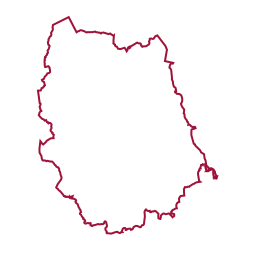 Assin South, Central, Ghana, rotated 4°
{"feature_id": "2480657B73071492710762", "entity_name": "Assin South", "entity_type": "district", "adm_level": 2, "iso_a3": "GHA", "parent_name": "Ghana", "parent_adm1": "Central", "projection": "natural_earth1", "projection_center": [-1.29, 5.529], "detail": "fine", "context": "isolated", "style": "outline", "palette": "rose", "viewbox_px": 256, "rotation_deg": 4, "n_neighbors": 0, "source": "geoboundaries", "source_scale": "gbopen_adm2", "svg_char_len": 5790}
<svg xmlns="http://www.w3.org/2000/svg" viewBox="0 0 256 256"><g transform="rotate(4 128 128)"><path d="M107.6,225.8L109.8,225.6L110.8,224.8L110.8,223.8L111.4,222.8L112.0,222.8L112.8,223.5L113.9,227.1L113.6,228.2L112.5,229.3L112.5,230.6L112.9,231.6L114.0,232.8L114.1,233.3L113.9,233.9L114.1,234.4L118.6,234.5L121.6,233.3L122.5,232.8L124.2,232.4L124.9,232.4L125.6,233.0L127.3,233.4L128.2,232.6L129.7,232.3L129.0,231.5L129.8,229.0L130.7,228.1L132.2,228.0L132.7,228.9L132.8,229.9L133.7,229.7L134.5,228.7L137.2,228.2L137.7,228.5L138.1,229.4L139.6,228.7L140.6,226.3L142.7,225.1L144.3,225.1L147.0,226.2L147.7,225.9L148.7,224.1L150.1,223.7L150.6,222.8L151.0,214.8L150.3,210.5L151.0,208.7L151.6,208.0L153.0,209.2L154.0,209.4L155.5,209.1L155.7,210.1L156.1,210.4L157.0,210.3L157.9,209.5L158.8,209.6L160.5,208.8L161.6,209.2L164.4,211.5L164.3,213.6L164.7,216.0L166.4,216.5L166.6,216.5L167.0,214.6L166.8,213.8L167.3,212.5L169.0,210.9L169.8,210.8L171.7,211.4L174.6,210.4L175.4,210.7L176.1,211.6L176.7,211.9L178.7,213.9L179.4,213.0L179.8,213.0L180.2,212.6L180.2,211.2L180.1,210.7L179.6,210.5L177.3,210.2L177.3,209.3L176.9,209.3L176.9,208.7L177.6,208.0L177.5,207.5L178.7,206.4L179.6,206.1L180.9,205.0L182.3,204.7L181.5,202.0L182.0,199.8L183.2,198.6L184.3,198.2L183.8,194.7L185.0,192.4L185.4,192.1L188.9,191.5L188.3,187.9L188.1,185.0L188.9,183.0L190.7,183.0L191.9,182.3L193.0,182.4L193.9,181.5L197.1,179.2L198.1,178.9L198.8,178.1L200.6,177.3L203.8,176.6L202.6,175.7L201.0,168.8L201.2,166.6L201.8,166.0L201.8,165.4L202.3,165.1L202.0,164.3L202.6,163.2L203.3,163.2L203.1,162.3L203.5,159.8L204.6,159.8L204.9,159.2L205.2,159.5L205.3,159.0L206.6,159.2L207.6,158.6L208.0,160.0L208.3,159.8L208.4,160.0L207.7,161.1L208.0,161.6L208.4,161.6L208.1,161.9L208.1,162.5L208.9,163.1L208.7,164.2L209.1,164.9L209.8,165.1L209.3,165.6L211.1,165.5L211.4,165.2L211.2,164.0L211.5,163.8L212.1,164.3L212.6,163.5L213.1,164.1L214.2,163.5L215.5,163.8L216.4,164.4L216.0,165.7L216.2,167.6L216.4,167.9L216.3,168.7L216.9,170.0L217.2,170.2L216.9,170.8L216.9,171.3L218.0,171.1L217.7,172.1L218.4,171.9L218.9,172.1L219.3,171.7L219.6,172.2L220.1,171.7L220.0,170.9L220.4,169.8L219.5,169.7L218.0,166.9L217.8,165.6L216.2,163.4L213.8,162.3L212.4,162.8L212.0,162.7L210.7,161.8L210.2,161.0L208.8,160.1L207.6,154.9L206.5,152.9L205.7,148.8L202.6,147.2L201.4,145.1L196.3,140.8L196.0,139.7L194.7,139.1L191.7,130.7L191.4,125.5L191.9,124.8L193.9,124.2L195.4,123.4L194.7,122.2L192.2,122.5L191.0,121.9L189.9,120.8L188.4,120.4L187.9,120.6L188.0,119.2L187.1,117.7L186.5,117.5L186.2,116.3L184.8,114.8L183.7,113.0L183.4,110.4L182.5,109.4L182.7,108.8L182.8,105.7L180.6,103.2L179.3,100.7L179.2,99.9L179.9,98.7L180.2,96.9L180.1,95.2L179.2,92.4L178.8,91.7L177.0,90.5L174.4,90.5L173.6,89.7L172.6,89.2L172.3,88.7L172.6,88.0L173.3,88.2L173.5,87.8L172.7,84.8L172.4,84.4L171.1,83.7L170.6,82.8L169.9,80.8L169.5,78.4L168.4,76.6L168.4,75.1L167.1,67.4L166.1,65.6L165.2,65.0L165.1,64.4L165.7,61.7L166.8,60.6L168.3,60.6L168.6,59.9L160.2,58.7L161.4,47.2L159.6,43.5L150.8,33.6L148.8,34.6L147.4,37.1L146.4,37.4L144.6,37.1L143.5,37.5L143.5,38.9L142.9,40.4L143.4,41.4L143.4,42.4L142.9,43.2L140.6,45.0L139.7,45.3L138.0,45.4L136.6,46.0L135.8,44.9L135.3,44.8L134.8,43.0L133.9,42.7L132.6,42.8L131.1,42.2L125.0,46.5L124.6,47.7L124.1,48.1L123.8,46.8L122.8,47.4L122.3,48.2L122.0,50.5L121.3,51.6L119.7,48.9L119.0,48.2L114.9,49.8L112.5,49.6L111.2,47.6L110.4,47.5L109.3,46.7L109.2,45.7L107.5,44.7L107.7,43.0L107.4,42.4L107.5,36.6L107.3,36.8L106.2,36.7L105.6,36.1L104.6,35.8L104.0,35.1L103.5,35.0L102.1,35.7L97.0,34.5L95.3,34.8L94.4,35.6L93.0,34.8L92.1,35.0L90.5,34.6L89.5,34.7L88.6,34.1L86.1,34.8L82.0,35.2L81.3,35.1L80.0,35.6L77.3,34.4L74.3,33.7L73.5,33.9L72.4,34.8L71.2,35.1L70.0,36.1L61.1,21.5L46.0,30.4L45.7,33.0L46.1,33.9L46.1,35.5L44.6,38.6L45.1,40.4L44.5,41.8L43.6,42.4L43.1,44.1L42.5,45.0L42.6,46.4L42.1,48.1L42.5,49.8L42.9,50.6L43.2,50.6L44.1,51.7L43.3,55.0L42.4,56.2L42.9,58.7L42.1,59.4L42.1,60.6L41.1,61.7L40.8,62.5L40.9,63.0L40.2,63.1L40.3,64.5L40.0,65.1L40.4,66.1L40.1,66.5L40.1,68.4L40.5,69.3L40.4,70.6L40.6,71.1L40.9,72.8L41.3,73.0L44.2,71.9L44.7,72.3L45.5,73.1L45.4,73.5L46.1,75.3L46.4,77.6L45.5,78.6L43.7,79.2L43.1,80.7L41.4,82.6L40.7,84.8L38.8,85.9L39.3,87.1L41.0,88.0L42.2,91.3L41.3,91.9L41.3,92.4L40.9,92.6L40.5,93.6L39.0,94.3L39.0,94.9L38.3,96.7L35.6,97.0L38.2,109.5L38.8,109.6L39.1,109.9L39.1,110.9L38.4,112.8L38.5,113.6L38.9,114.0L39.2,115.6L40.2,116.6L40.4,117.1L39.5,117.5L38.6,118.9L38.4,120.9L38.1,121.3L39.5,123.0L41.8,124.9L43.1,125.2L44.4,126.5L45.7,125.8L46.7,127.7L47.6,127.7L48.1,128.9L48.4,129.0L49.0,128.3L50.3,128.5L51.4,129.7L51.6,130.3L51.2,132.0L51.7,132.8L51.7,133.6L50.9,135.2L50.9,136.0L51.8,137.1L53.1,138.0L52.9,138.8L54.5,139.9L54.1,141.6L54.5,143.3L51.7,143.7L47.8,146.4L47.2,147.6L44.5,150.4L43.2,149.4L42.7,148.5L41.5,147.2L41.1,155.1L41.5,158.8L43.6,162.0L44.1,164.3L45.0,166.2L45.6,166.4L47.3,166.1L48.9,166.8L50.2,166.3L52.0,166.8L54.7,166.8L56.5,168.4L57.6,170.0L58.4,170.3L59.2,171.5L60.6,172.2L61.0,172.1L61.7,172.8L62.3,174.0L62.3,175.3L63.2,176.4L64.3,180.2L65.0,181.3L65.2,182.5L64.8,184.1L61.7,189.1L60.5,192.3L61.4,193.2L62.2,193.6L63.0,194.7L64.7,195.8L68.0,199.1L68.7,200.3L69.9,200.3L70.2,201.1L70.8,201.1L71.4,200.8L72.0,201.1L72.5,200.7L73.7,200.9L74.3,201.4L74.5,200.4L75.6,201.5L75.6,200.7L77.4,199.9L77.1,200.9L77.6,202.2L78.1,202.4L78.6,202.2L80.8,203.1L81.3,203.9L81.3,204.4L80.7,205.0L81.1,206.1L83.1,207.5L84.2,210.3L85.3,211.7L85.6,212.6L86.3,213.1L86.9,214.9L86.6,214.9L86.0,217.0L87.2,217.8L88.3,219.7L89.7,220.8L89.5,221.7L89.8,222.1L90.7,222.2L91.6,223.2L91.8,224.0L91.1,224.7L91.0,225.6L92.1,226.4L94.1,225.7L95.1,225.6L95.8,225.9L97.2,225.4L97.4,225.6L97.4,227.7L98.4,227.8L98.7,228.2L99.3,228.3L100.0,227.5L102.2,227.0L104.7,225.9L106.3,226.2L107.6,225.8Z" fill="none" stroke="#9f1239" stroke-width="2"/></g></svg>